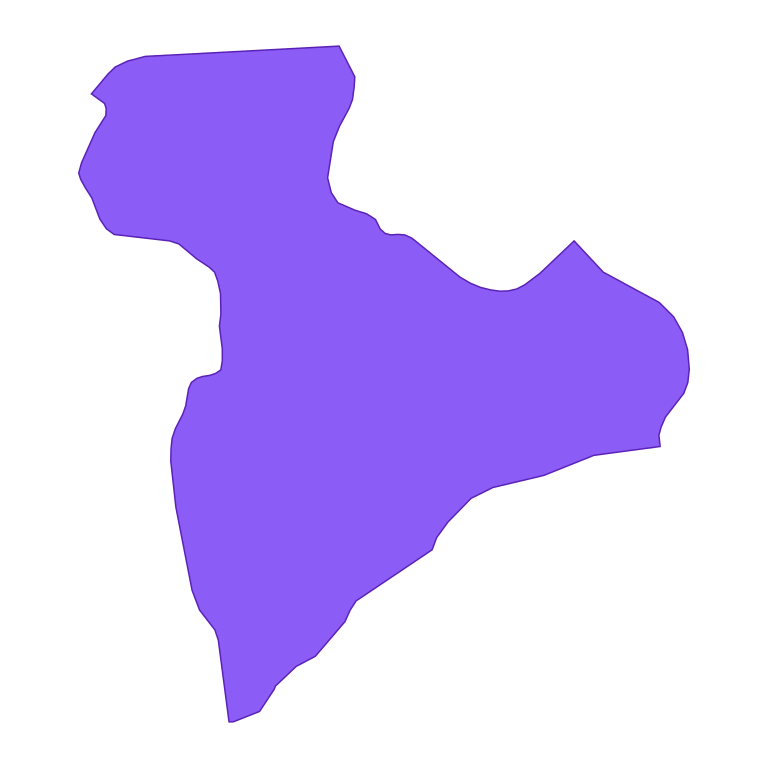 Giurgiu, Natural Earth projection
{"feature_id": "ROU-131", "entity_name": "Giurgiu", "entity_type": "County", "adm_level": 1, "iso_a3": "ROU", "parent_name": "Romania", "parent_adm1": "", "projection": "natural_earth1", "projection_center": [25.897, 44.142], "detail": "fine", "context": "isolated", "style": "filled", "palette": "violet", "viewbox_px": 768, "rotation_deg": 0, "n_neighbors": 0, "source": "natural_earth", "source_scale": "10m", "svg_char_len": 1411}
<svg xmlns="http://www.w3.org/2000/svg" viewBox="0 0 768 768"><path d="M607.5,453.5L593.7,455.4L543.8,475.4L492.9,487.5L471.1,498.3L447.9,522.1L436.7,537.5L432.1,549.8L356.1,600.9L350.1,610.2L345.0,621.6L315.3,656.3L296.3,666.3L275.4,686.1L274.3,689.1L259.6,711.4L233.3,721.8L229.1,721.9L229.0,721.6L218.3,640.0L214.9,629.9L199.6,610.1L192.1,590.4L175.9,507.3L170.8,461.3L171.0,449.2L172.1,438.4L175.4,428.6L182.9,413.9L185.7,405.8L188.6,388.7L191.4,382.4L197.0,378.3L202.4,376.5L209.6,375.4L215.5,373.5L220.8,369.9L222.3,360.9L222.3,348.8L219.4,326.1L220.9,314.3L220.5,293.6L217.8,281.2L214.6,272.2L209.1,267.1L196.6,258.8L178.8,243.9L169.5,240.9L114.2,234.5L106.4,228.8L99.9,219.2L91.8,197.9L85.5,188.1L80.8,179.6L78.7,173.1L81.6,162.6L95.0,132.6L105.8,115.6L106.2,108.8L104.6,103.5L91.4,93.9L108.2,73.8L115.2,67.0L127.5,61.1L145.3,56.4L339.1,46.1L354.8,76.8L354.2,86.8L352.5,99.5L349.2,108.2L339.5,126.2L333.3,141.7L327.6,177.8L331.3,192.7L337.9,202.8L354.7,210.1L366.6,213.8L375.5,219.5L380.2,229.0L385.2,233.5L391.0,234.9L397.9,234.4L404.8,234.9L412.1,238.3L460.2,277.3L470.6,283.3L480.5,287.4L490.6,289.9L500.0,291.2L508.4,290.9L516.7,289.0L524.6,284.9L540.0,273.3L574.1,240.9L603.3,272.2L659.3,302.5L673.7,316.9L682.4,332.4L687.6,349.7L689.3,369.2L687.8,382.6L683.8,393.3L665.5,417.0L661.1,427.1L658.9,435.2L660.1,446.1L660.1,446.5L607.5,453.5Z" fill="#8b5cf6" stroke="#5b21b6" stroke-width="1.5"/></svg>